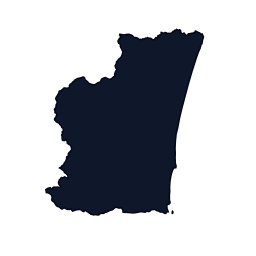 Thap Sakae, Prachuap Khiri Khan, Thailand (Albers equal-area conic projection), rotated 347°
{"feature_id": "78962969B3750900919123", "entity_name": "Thap Sakae", "entity_type": "district", "adm_level": 2, "iso_a3": "THA", "parent_name": "Thailand", "parent_adm1": "Prachuap Khiri Khan", "projection": "albers", "projection_center": [99.584, 11.545], "detail": "fine", "context": "isolated", "style": "filled", "palette": "ink", "viewbox_px": 256, "rotation_deg": 347, "n_neighbors": 0, "source": "geoboundaries", "source_scale": "gbopen_adm2", "svg_char_len": 5693}
<svg xmlns="http://www.w3.org/2000/svg" viewBox="0 0 256 256"><g transform="rotate(347 128 128)"><path d="M148.4,218.7L147.9,215.5L148.2,213.2L148.6,212.1L149.2,211.3L150.1,210.9L150.4,211.1L150.3,211.4L150.6,211.6L151.1,210.9L151.9,210.7L152.4,209.6L152.1,208.6L152.3,206.8L153.2,202.9L154.3,199.5L155.3,194.6L157.0,189.2L159.1,184.1L160.9,180.7L162.4,178.5L163.5,177.5L164.0,177.2L165.6,177.5L166.3,176.0L166.2,172.2L166.8,169.9L167.0,168.3L168.5,162.7L169.2,158.6L171.2,151.5L173.5,144.8L176.4,139.1L180.4,130.0L184.6,121.5L196.0,99.9L202.6,88.1L202.3,87.9L203.1,87.2L210.9,74.1L213.8,69.6L216.1,66.6L218.3,62.6L219.1,62.5L219.3,61.3L219.5,61.2L219.6,60.7L220.0,60.3L220.2,59.4L221.8,56.7L222.1,56.0L222.0,55.4L221.6,54.7L221.6,53.5L221.4,53.0L220.6,52.9L220.3,53.1L219.9,53.0L219.3,51.5L218.7,51.2L216.7,49.6L216.0,49.2L215.8,48.7L215.4,48.7L215.2,49.6L214.6,49.9L214.2,49.7L213.8,49.8L213.8,50.2L214.0,50.5L213.5,50.7L212.9,50.2L212.3,50.1L211.9,50.2L211.6,50.0L209.1,50.0L208.4,49.8L208.2,49.9L208.4,50.2L208.2,50.5L207.4,50.3L207.2,50.9L206.0,51.0L205.2,50.5L204.6,49.5L204.1,48.2L203.6,48.1L203.1,48.4L202.4,48.4L202.1,48.2L201.6,48.3L201.2,47.1L200.4,47.3L200.1,47.1L200.1,46.5L200.9,45.9L201.2,45.4L200.9,44.9L201.0,44.5L200.5,44.0L200.3,43.9L200.0,44.4L199.6,44.2L199.1,44.3L198.7,43.7L197.9,43.4L197.4,42.9L196.8,43.4L195.5,43.3L195.2,43.9L194.8,44.2L194.3,43.9L193.6,44.0L193.4,44.5L192.6,44.7L191.7,45.3L190.5,45.3L190.1,45.3L189.2,44.9L187.8,44.8L187.4,45.1L186.9,44.8L187.1,44.3L186.7,43.7L185.5,43.3L184.5,43.8L183.2,43.1L182.7,43.1L182.4,42.6L181.9,42.3L181.6,42.8L181.6,43.7L181.2,44.2L180.5,44.5L179.9,44.4L179.1,45.0L178.4,44.7L177.6,45.1L177.8,46.1L177.3,46.7L176.8,46.9L176.5,46.5L175.5,46.2L175.3,46.5L173.9,47.4L174.0,47.8L172.5,47.8L171.4,47.3L171.2,46.5L170.5,46.2L170.4,45.9L169.9,45.9L169.7,45.4L168.4,45.3L167.5,44.3L167.0,44.4L166.6,44.7L165.2,44.4L164.1,44.8L164.0,45.0L163.5,45.0L162.7,44.4L161.9,44.6L161.0,45.3L159.9,44.3L158.6,44.2L158.0,43.0L156.5,41.9L156.0,41.9L155.8,41.5L155.5,41.5L155.1,41.8L154.5,41.6L154.3,40.9L153.7,40.4L153.5,39.7L152.4,38.3L151.7,38.1L151.4,37.7L150.9,37.8L150.2,36.9L149.6,36.8L148.7,36.8L148.0,36.4L147.3,36.5L147.0,36.8L146.7,36.8L146.4,36.6L144.4,36.2L141.2,34.8L140.8,35.4L141.2,37.6L141.5,38.2L139.7,38.8L137.9,40.8L137.7,41.8L138.0,43.3L138.4,43.5L139.2,44.7L139.2,45.8L138.9,46.6L139.0,47.7L139.6,49.6L140.1,52.3L140.0,53.2L138.1,56.3L137.3,57.2L136.6,57.8L134.4,58.9L132.9,60.2L131.7,60.9L131.5,61.7L131.2,62.5L129.4,64.5L129.6,67.0L130.7,68.3L129.7,69.0L128.2,70.6L127.0,72.8L126.8,74.8L125.8,74.7L124.8,75.2L123.6,76.0L122.5,76.3L121.4,76.5L120.5,76.3L117.3,73.7L114.3,74.0L113.8,74.2L113.1,74.6L111.4,76.9L108.8,77.1L107.4,77.7L105.0,78.4L102.5,77.4L99.9,75.7L99.5,75.0L99.0,73.8L97.1,71.5L96.9,69.2L96.2,68.4L95.0,68.2L93.6,68.5L89.9,68.5L86.4,69.5L85.9,70.5L84.4,70.8L82.9,72.1L81.5,72.4L81.2,72.7L81.0,73.3L80.5,73.5L80.4,73.8L79.9,75.6L77.6,75.5L76.3,75.2L75.4,74.7L74.8,74.6L74.3,74.8L73.4,75.4L72.2,75.9L71.4,76.6L69.5,76.6L69.0,77.0L68.9,78.1L68.0,78.7L67.0,80.0L65.3,81.5L64.5,82.5L64.1,83.5L64.8,85.6L64.7,87.2L64.2,88.3L63.3,89.0L63.2,89.7L62.7,90.4L62.6,91.0L62.8,91.8L61.7,92.2L60.9,92.8L60.4,93.6L60.5,94.0L60.8,94.8L60.3,96.3L60.5,96.9L61.6,97.6L61.5,99.5L60.9,99.9L59.9,101.5L59.1,101.9L58.6,102.4L58.3,103.3L58.5,103.9L59.7,106.0L61.3,107.4L61.9,107.7L62.3,109.2L63.4,110.6L63.6,112.3L63.8,112.8L64.5,113.3L64.6,113.7L64.5,115.8L64.1,116.5L63.4,116.7L63.2,117.0L62.9,117.1L63.1,118.8L62.0,119.5L61.8,119.9L61.9,121.6L61.4,123.4L61.4,125.1L61.7,125.4L63.3,126.0L65.0,125.0L65.2,126.6L65.9,127.3L65.9,127.6L65.4,128.9L65.4,129.2L66.9,130.9L68.0,131.6L68.4,133.2L68.4,136.0L68.2,136.4L66.3,138.0L65.1,138.6L64.4,139.3L63.9,139.9L64.0,140.4L63.6,141.1L63.7,141.8L63.4,142.0L61.9,142.3L61.5,143.0L61.4,143.9L60.2,145.9L58.4,147.7L57.9,147.9L57.8,148.1L57.8,148.6L56.9,149.1L55.9,150.1L54.8,150.1L54.4,151.0L52.8,151.2L52.3,151.5L53.2,152.2L56.1,155.8L56.0,156.9L57.6,158.7L58.5,160.4L58.5,161.0L58.7,162.0L58.7,162.7L58.4,162.9L57.8,163.0L57.5,163.3L55.4,161.4L54.7,161.4L53.5,162.0L52.8,161.8L52.3,161.3L51.9,161.4L51.3,161.7L50.7,162.7L49.6,162.8L49.1,163.8L48.4,164.6L48.1,165.1L47.9,166.6L48.2,167.9L49.4,169.3L49.4,169.8L49.1,170.0L48.4,170.3L47.4,170.3L45.9,169.6L44.7,169.6L42.6,168.9L41.3,169.2L41.0,169.6L40.9,170.6L40.6,170.8L39.6,170.2L39.0,168.8L38.4,168.7L36.4,168.7L34.1,169.5L33.9,172.6L34.6,172.7L35.8,173.4L37.2,174.6L38.1,175.6L38.5,176.7L38.5,178.4L37.5,181.1L37.6,181.6L39.0,183.3L39.5,184.0L40.5,187.0L41.1,188.0L41.7,188.6L43.3,189.5L44.4,191.1L45.1,191.9L45.5,192.1L46.1,192.1L47.3,191.4L47.6,191.4L49.1,192.4L49.5,192.9L50.7,193.7L52.9,194.3L54.4,194.0L54.9,195.9L55.2,196.5L59.7,196.1L63.0,196.6L63.5,197.1L65.2,198.2L65.2,198.3L64.9,198.8L65.6,199.3L66.1,199.5L67.8,198.5L69.5,200.4L70.6,201.1L70.5,201.5L72.1,203.0L72.3,203.6L75.2,205.0L76.5,205.0L79.4,206.1L79.9,205.8L80.6,205.9L80.7,205.4L82.4,205.1L84.9,205.7L86.0,205.4L86.7,205.0L88.2,205.1L91.6,204.3L94.2,204.2L95.1,203.9L97.2,202.7L98.3,202.6L99.3,202.9L101.4,204.1L102.0,204.1L102.9,204.3L103.6,204.1L104.7,207.6L104.6,207.9L104.2,208.4L104.2,208.8L105.9,209.5L107.9,209.9L108.8,210.3L114.0,211.9L116.2,212.2L121.8,212.4L125.8,213.9L127.0,213.5L127.9,213.4L129.3,214.1L130.4,214.1L131.6,213.3L133.0,212.8L133.4,213.1L133.8,213.2L135.8,213.2L136.8,214.5L137.3,214.7L137.6,215.1L138.7,215.4L138.8,215.7L139.1,215.7L140.2,216.9L141.3,217.4L142.6,217.4L142.9,218.0L143.8,218.2L144.0,219.1L144.9,219.6L145.6,219.7L145.8,219.6L146.3,218.5L148.4,218.7ZM152.4,221.1L152.7,220.5L152.9,219.7L152.7,219.2L152.1,219.8L152.1,220.6L151.9,221.1L152.0,221.2L152.4,221.1Z" fill="#0f172a" stroke="#020617" stroke-width="1.5"/></g></svg>